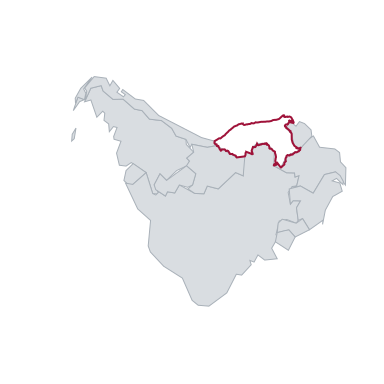 where Peru sits in South America, rotated 110°
{"feature_id": "PER", "entity_name": "Peru", "entity_type": "country or territory", "adm_level": 0, "iso_a3": "PER", "parent_name": "South America", "parent_adm1": "", "projection": "albers", "projection_center": [-73.974, -9.194], "detail": "fine", "context": "in_parent", "style": "outline", "palette": "rose", "viewbox_px": 384, "rotation_deg": 110, "n_neighbors": 12, "source": "natural_earth", "source_scale": "50m", "svg_char_len": 9740}
<svg xmlns="http://www.w3.org/2000/svg" viewBox="0 0 384 384"><g transform="rotate(110 192 192)"><path d="M142.0,324.7L145.5,328.5L156.1,331.4L141.9,331.6L142.0,324.7ZM189.5,241.7L185.1,259.1L190.2,262.8L191.7,269.4L181.3,276.2L168.6,276.1L169.1,283.3L166.6,284.6L157.0,284.5L157.4,288.2L163.6,290.3L156.5,293.6L154.8,299.2L147.8,300.9L146.6,303.5L154.3,307.0L140.1,318.5L144.0,323.8L129.1,322.6L123.1,313.7L127.5,310.1L132.0,297.9L128.3,288.5L133.8,274.4L132.6,266.8L138.1,256.9L135.3,245.1L139.1,232.8L144.9,226.1L144.6,215.7L149.3,213.6L154.0,204.0L162.0,208.5L163.8,204.9L168.7,205.3L177.0,213.7L189.8,219.9L185.9,228.3L198.2,230.0L205.2,222.3L206.9,228.4L189.5,241.7Z" fill="#d9dde1" stroke="#a8b0b8" stroke-width="1"/><path d="M142.0,324.7L141.9,331.6L148.5,331.8L143.8,333.8L132.6,332.0L118.2,325.2L132.2,329.1L135.6,325.5L142.0,324.7ZM140.0,184.7L144.8,192.9L147.2,208.5L150.8,209.0L144.6,215.7L144.9,226.1L139.1,232.8L135.3,245.1L138.1,256.9L132.6,266.8L133.8,274.4L128.3,288.5L132.0,297.9L127.5,310.1L123.1,313.7L129.1,322.6L142.3,323.6L133.3,325.4L130.9,328.4L117.0,323.4L114.4,311.6L120.3,305.5L114.2,304.5L119.4,295.4L123.9,296.7L126.0,289.0L123.3,288.0L122.0,292.7L119.4,292.1L124.0,277.1L122.5,268.8L131.5,249.5L137.6,201.7L136.5,188.1L140.0,184.7Z" fill="#d9dde1" stroke="#a8b0b8" stroke-width="1"/><path d="M171.6,322.9L182.2,320.9L185.3,322.5L178.7,324.3L171.6,322.9Z" fill="#d9dde1" stroke="#a8b0b8" stroke-width="1"/><path d="M189.5,241.7L205.1,250.2L207.4,253.2L204.5,259.9L194.4,261.3L185.4,257.0L189.5,241.7Z" fill="#d9dde1" stroke="#a8b0b8" stroke-width="1"/><path d="M206.4,257.5L205.1,250.2L189.5,241.7L206.9,228.4L207.2,225.0L203.1,223.1L204.9,215.6L200.2,215.1L198.8,207.9L189.7,206.3L192.4,188.9L189.6,180.2L181.2,179.7L180.1,168.4L158.8,157.7L159.3,149.4L146.2,154.9L136.1,154.7L136.4,147.8L128.8,150.3L124.2,147.6L120.8,138.8L125.8,128.5L139.3,124.2L141.6,109.8L139.0,102.2L142.7,100.3L140.0,97.0L150.5,95.7L152.6,99.8L159.5,101.5L169.7,95.4L165.6,94.0L163.2,87.0L171.1,88.4L182.3,82.5L185.7,83.4L185.4,93.5L189.4,100.1L203.5,98.5L203.7,95.4L217.6,97.9L225.6,89.1L231.1,100.4L228.6,108.5L236.6,109.7L236.5,114.2L240.1,111.5L253.1,116.9L254.1,122.2L274.9,124.8L293.5,137.1L296.3,147.5L293.8,154.8L276.2,171.6L271.5,193.1L262.6,210.6L257.7,214.7L232.9,221.2L226.5,237.2L206.4,257.5Z" fill="#d9dde1" stroke="#a8b0b8" stroke-width="1"/><path d="M140.6,154.5L159.3,149.4L158.8,157.7L180.1,168.4L181.2,179.7L189.6,180.2L192.4,188.9L190.5,196.9L185.2,193.9L173.6,194.7L169.3,206.2L163.8,204.9L162.0,208.5L154.0,204.0L147.2,208.5L144.8,192.9L140.0,184.7L144.3,161.9L140.6,154.5Z" fill="#d9dde1" stroke="#a8b0b8" stroke-width="1"/><path d="M153.4,99.3L150.5,95.7L140.0,97.0L142.7,100.3L139.0,102.2L141.6,109.8L139.3,124.2L135.7,121.6L138.7,117.0L125.0,115.0L115.7,104.9L105.1,102.9L97.8,97.1L106.3,87.4L102.7,72.5L104.5,66.8L112.9,62.8L116.5,55.7L133.0,50.2L124.0,64.0L130.3,73.5L151.7,77.7L149.3,92.2L153.4,99.3Z" fill="#d9dde1" stroke="#a8b0b8" stroke-width="1"/><path d="M182.3,82.5L171.1,88.4L163.2,87.0L165.6,94.0L169.7,95.4L155.9,101.7L149.3,92.2L151.7,77.7L130.3,73.5L124.0,64.0L125.9,58.4L130.3,53.4L133.4,52.7L129.8,60.9L133.6,64.1L133.0,56.2L139.9,51.1L148.1,58.2L163.5,60.5L177.8,58.2L173.7,59.3L187.3,68.7L179.2,79.0L182.3,82.5Z" fill="#d9dde1" stroke="#a8b0b8" stroke-width="1"/><path d="M201.0,98.0L191.7,100.4L186.7,97.9L185.7,83.4L179.2,79.0L187.3,68.7L199.0,79.7L194.5,88.0L201.0,98.0Z" fill="#d9dde1" stroke="#a8b0b8" stroke-width="1"/><path d="M210.3,96.6L201.0,98.0L196.4,91.3L194.5,88.0L199.0,79.7L213.8,81.5L210.3,96.6Z" fill="#d9dde1" stroke="#a8b0b8" stroke-width="1"/><path d="M114.5,105.3L113.7,111.7L103.4,118.3L99.8,125.3L91.7,124.9L94.6,116.8L89.1,115.1L89.2,109.7L92.9,101.4L98.5,98.5L114.5,105.3Z" fill="#d9dde1" stroke="#a8b0b8" stroke-width="1"/><path d="M189.1,197.7L189.7,206.3L198.8,207.9L200.2,215.1L204.9,215.6L202.2,226.9L198.2,230.0L185.9,228.3L189.8,219.9L169.3,206.2L173.6,194.7L185.2,193.9L189.1,197.7Z" fill="#d9dde1" stroke="#a8b0b8" stroke-width="1"/><path d="M139.0,123.9L139.0,124.2L138.8,124.3L138.6,124.3L138.3,124.1L138.0,124.2L137.8,124.2L137.4,123.9L137.3,123.7L137.0,123.5L136.5,123.5L136.0,123.5L135.6,123.5L135.2,123.6L134.9,123.8L134.7,124.1L134.4,124.4L133.7,124.5L133.3,124.5L132.9,124.7L132.3,124.7L132.0,124.9L130.5,125.0L129.9,125.3L129.4,125.6L128.6,126.1L128.2,126.3L127.7,126.8L127.0,127.3L126.6,127.6L126.0,127.7L125.8,127.8L125.7,128.0L125.5,129.5L125.4,130.2L125.0,130.9L124.5,131.5L124.3,131.9L124.2,132.3L124.3,132.5L124.7,133.4L124.7,133.6L124.6,133.9L124.5,134.2L124.2,134.4L123.8,134.4L123.0,134.9L122.1,135.6L121.9,135.9L121.6,136.7L121.7,137.0L121.9,137.2L122.0,137.6L122.0,137.8L121.9,137.9L121.4,138.0L121.1,138.0L120.9,138.1L120.9,138.3L121.0,138.5L120.8,138.9L120.9,139.0L121.2,139.4L121.6,139.7L121.8,139.8L122.0,139.9L122.0,140.2L122.0,140.4L121.8,140.5L122.2,141.0L122.4,141.3L122.5,141.6L122.5,141.8L122.7,142.1L122.8,142.3L122.8,142.5L123.5,143.0L123.7,143.3L123.6,143.5L123.9,143.9L124.3,144.2L125.3,145.5L125.4,146.1L124.3,147.4L125.2,147.4L126.1,147.4L127.0,147.6L127.6,147.8L128.0,147.8L128.3,148.1L128.5,148.7L128.5,149.1L128.9,149.4L128.9,150.1L131.4,150.1L132.6,150.1L133.1,150.0L133.6,149.4L133.9,149.3L134.2,149.1L134.6,148.6L134.9,148.4L135.2,148.2L135.6,147.9L136.2,147.6L136.0,147.8L135.9,148.1L135.9,148.4L136.0,148.8L135.9,149.1L135.7,149.3L135.7,154.7L135.9,154.6L136.1,154.5L136.5,154.8L136.8,155.0L137.0,155.0L137.5,154.9L138.2,154.6L138.7,154.4L139.2,154.4L140.0,154.5L140.4,154.5L144.2,161.7L143.9,162.1L143.9,162.5L143.7,162.7L143.4,162.8L143.1,163.1L142.9,163.4L142.9,165.6L142.9,166.2L142.7,166.6L142.4,167.0L142.7,167.5L142.9,168.3L143.0,168.5L143.2,168.9L143.3,169.2L143.3,169.4L142.9,169.5L142.7,169.7L142.7,170.2L142.5,170.4L142.2,170.6L141.8,171.0L141.7,171.2L141.5,171.8L141.1,172.0L141.1,172.5L141.0,172.8L141.2,173.2L141.9,173.9L141.9,174.1L141.6,174.5L141.3,174.8L140.8,175.7L140.8,175.9L140.9,176.3L141.7,178.2L141.8,178.4L142.0,178.5L142.4,178.5L143.0,178.7L143.3,179.0L143.2,179.2L142.6,179.5L142.4,180.0L142.5,180.4L142.3,180.6L142.0,180.8L141.7,181.0L141.4,181.4L140.9,182.1L140.7,182.2L140.6,182.4L140.4,182.5L139.8,182.9L139.7,183.2L139.8,183.4L140.1,183.5L140.3,183.8L140.3,184.1L140.3,184.3L140.0,184.6L139.5,185.0L139.0,185.0L138.8,185.2L138.9,185.6L139.0,186.1L139.0,186.5L138.8,187.0L138.5,187.5L137.9,187.8L137.3,188.0L136.9,188.0L136.5,188.0L136.3,188.1L136.0,187.8L134.6,186.7L134.1,186.2L133.6,185.9L132.4,185.0L132.2,184.8L132.1,183.9L131.9,183.6L131.5,183.3L130.5,182.8L130.1,182.6L129.6,182.2L129.0,181.9L128.3,181.4L127.9,180.9L127.5,180.6L126.0,180.2L125.3,179.8L124.0,179.2L123.4,178.8L122.0,178.3L121.5,178.1L120.1,177.0L119.1,176.6L118.3,176.0L115.9,174.7L115.6,174.3L115.2,173.7L114.7,173.3L114.1,172.4L113.2,171.9L112.3,171.2L112.0,170.6L111.4,169.8L111.2,169.4L110.7,168.9L110.7,168.1L110.3,167.7L110.6,167.5L110.8,167.4L111.2,166.1L111.0,165.5L110.1,164.3L109.7,163.7L109.5,163.0L109.1,162.6L108.6,161.6L108.3,160.8L107.5,160.2L107.3,160.0L107.2,159.7L106.8,159.5L106.8,158.9L106.5,157.7L106.1,157.1L104.7,156.0L104.7,155.6L104.5,154.8L104.2,154.0L102.6,151.4L102.2,150.6L101.8,149.3L101.4,148.6L101.0,147.3L100.4,146.3L100.0,145.5L99.6,144.5L99.5,143.9L98.8,142.9L98.4,142.1L97.7,141.3L97.0,140.8L96.7,140.4L95.7,138.5L95.6,137.9L94.9,136.9L94.3,136.1L93.9,135.5L93.3,135.0L90.2,133.4L89.0,132.7L88.7,132.4L88.5,131.9L88.5,131.6L88.9,131.3L89.3,131.5L89.6,131.4L89.8,131.0L89.8,130.4L89.5,129.7L88.5,128.3L88.5,128.0L88.7,127.7L88.3,127.0L87.9,126.5L87.7,126.1L87.9,124.5L88.1,124.1L89.6,122.5L90.0,121.8L90.7,121.3L91.3,120.7L92.1,120.2L92.4,120.3L92.4,120.6L92.5,120.8L92.5,121.0L92.6,121.6L92.6,121.8L92.6,122.0L92.8,122.4L92.8,122.5L92.4,122.7L92.3,123.0L92.0,123.0L91.7,122.9L91.4,123.0L91.3,123.3L91.4,123.5L91.6,123.9L92.1,123.9L91.5,124.8L91.8,125.1L92.3,124.9L92.8,124.4L93.0,124.3L93.4,124.4L93.8,124.7L94.4,124.9L94.6,125.1L95.3,125.0L95.9,125.3L95.9,125.9L96.2,126.4L96.7,127.1L97.0,127.2L97.4,127.2L97.9,127.4L98.1,127.3L98.3,126.8L98.6,126.8L98.6,126.6L98.5,126.4L98.6,126.1L98.8,125.9L99.6,125.4L99.8,124.9L99.7,124.8L99.6,124.6L99.6,124.3L100.0,123.6L100.2,122.8L100.4,122.6L100.5,122.1L100.8,121.8L100.8,121.5L100.9,121.3L100.9,121.0L101.1,120.2L101.4,120.1L101.5,120.3L101.6,120.5L101.8,120.5L101.9,120.4L101.9,120.2L101.8,119.9L102.9,118.5L103.3,118.2L105.5,117.4L108.6,116.2L111.3,114.3L113.3,111.9L113.6,111.5L114.3,108.8L114.6,109.0L115.0,109.0L115.1,108.9L114.9,107.8L114.9,107.5L115.0,107.3L115.0,107.1L114.7,106.9L114.3,106.4L114.1,106.1L114.0,105.7L113.3,105.3L113.3,105.2L113.5,105.2L114.0,105.3L114.6,105.2L114.9,105.1L115.2,104.8L115.4,104.8L115.6,104.8L116.2,105.3L116.4,105.4L116.7,105.5L116.9,105.5L117.1,105.5L117.3,105.9L117.6,106.1L118.0,106.3L118.6,106.9L118.9,107.2L119.1,107.7L119.2,108.0L119.3,108.2L119.2,108.4L119.5,108.8L119.6,109.0L119.9,109.1L120.5,109.2L120.8,109.5L121.1,109.7L121.4,110.0L121.6,110.1L122.0,110.1L122.3,110.2L122.5,110.5L122.7,110.9L122.9,111.1L123.1,111.5L122.9,112.0L123.1,112.2L123.3,112.4L123.7,112.7L124.1,112.6L124.3,112.7L124.4,112.9L124.7,114.0L124.6,114.3L124.5,114.6L124.6,114.9L125.4,115.2L125.6,115.4L125.8,115.5L126.2,115.5L126.6,115.4L126.9,115.3L127.0,115.2L128.1,115.6L128.5,115.5L128.9,115.5L129.2,115.4L129.6,115.1L129.9,115.1L130.2,115.0L130.8,114.4L131.0,114.3L131.9,114.7L132.1,114.9L132.4,115.0L132.6,115.2L133.0,115.2L133.5,115.1L133.9,114.8L134.5,114.6L134.8,114.7L135.7,115.2L136.0,115.5L136.3,115.6L136.6,115.8L137.0,115.9L137.3,116.1L137.6,116.2L137.8,116.5L138.2,116.6L138.5,116.7L138.6,116.9L138.6,117.0L135.5,121.8L136.5,122.2L137.0,122.1L137.3,121.9L137.8,122.3L138.0,122.8L138.1,123.0L138.4,123.2L138.8,123.5L139.0,123.9Z" fill="none" stroke="#9f1239" stroke-width="2"/></g></svg>